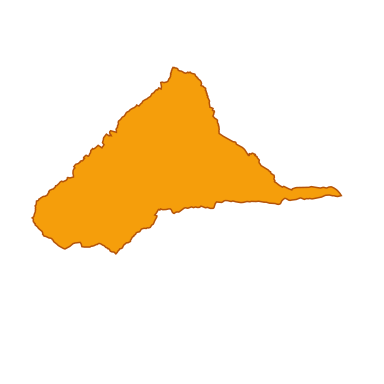 the district of Noen Kham, Chai Nat, Thailand, rotated 116°
{"feature_id": "78962969B80984630851813", "entity_name": "Noen Kham", "entity_type": "district", "adm_level": 2, "iso_a3": "THA", "parent_name": "Thailand", "parent_adm1": "Chai Nat", "projection": "equal_earth", "projection_center": [99.836, 15.024], "detail": "fine", "context": "isolated", "style": "filled", "palette": "amber", "viewbox_px": 384, "rotation_deg": 116, "n_neighbors": 0, "source": "geoboundaries", "source_scale": "gbopen_adm2", "svg_char_len": 6067}
<svg xmlns="http://www.w3.org/2000/svg" viewBox="0 0 384 384"><g transform="rotate(116 192 192)"><path d="M88.4,263.7L90.4,263.8L91.6,263.4L92.3,263.6L93.6,263.0L94.5,263.3L95.3,263.0L95.4,262.6L96.5,262.5L97.3,262.0L99.8,262.0L100.6,262.4L102.6,262.1L103.8,262.7L104.7,263.4L105.1,264.2L105.6,264.6L106.0,265.2L106.3,267.0L107.3,268.1L110.7,265.6L113.0,264.9L113.0,267.5L115.3,267.7L115.5,268.5L116.1,269.0L118.4,269.7L119.2,269.6L121.3,271.1L124.3,271.2L126.6,272.7L128.1,273.3L129.2,274.3L131.8,276.0L134.1,276.1L135.1,276.7L138.0,277.4L138.1,279.9L139.4,279.9L141.3,280.8L142.1,281.3L142.3,281.7L145.1,283.6L147.2,284.2L148.2,285.1L149.3,285.8L153.3,286.1L155.4,287.5L158.1,288.0L160.5,289.1L161.7,288.9L163.2,287.9L165.1,288.0L166.7,287.3L168.0,287.8L169.0,287.7L169.6,287.0L170.2,286.8L171.5,286.1L172.6,292.0L174.0,292.3L175.0,291.9L176.1,290.5L176.2,289.9L176.8,289.2L177.5,291.5L177.9,291.4L177.5,294.3L181.8,295.2L182.6,295.1L183.8,294.6L186.9,294.1L188.1,291.8L189.8,292.0L190.8,292.3L191.4,292.2L191.8,292.3L191.2,296.8L194.6,298.1L196.3,299.2L196.7,299.6L196.6,300.5L197.6,300.5L198.5,301.0L199.3,301.1L200.1,300.7L200.8,300.7L201.2,300.4L202.8,300.7L204.1,300.5L205.3,300.8L205.5,301.2L205.3,302.4L205.4,303.3L207.1,304.1L208.4,304.5L208.9,304.4L208.9,303.4L211.7,304.0L212.1,304.3L212.3,304.9L213.1,305.7L213.6,305.9L213.8,305.6L214.4,305.7L215.4,306.4L216.1,306.5L218.1,308.7L221.1,309.3L221.5,308.0L222.2,307.8L223.1,308.3L225.0,308.2L227.4,307.2L229.3,305.7L230.5,305.1L232.9,307.9L233.4,310.0L234.1,310.3L234.6,309.9L235.2,309.8L236.6,310.2L239.4,312.5L239.4,313.9L239.9,314.3L241.2,315.0L242.5,315.2L245.6,316.4L246.2,317.3L248.0,317.1L249.0,317.7L249.9,317.8L250.8,318.9L253.0,320.7L254.4,320.9L254.5,320.5L255.3,320.5L255.9,320.7L258.3,320.8L259.3,321.6L260.1,321.9L260.8,323.2L261.4,323.9L263.9,325.5L264.7,325.7L265.3,326.4L266.4,326.3L267.1,326.5L268.3,327.8L271.4,326.6L272.2,326.6L273.0,326.9L273.1,326.7L273.5,326.7L274.2,325.9L275.6,325.5L276.2,324.9L276.7,324.9L278.6,324.1L280.9,324.0L283.5,323.4L285.3,324.3L285.3,323.7L286.0,322.6L287.1,322.3L288.3,321.5L288.6,320.4L289.2,319.9L289.2,319.0L290.3,318.6L291.1,315.5L292.0,314.0L293.2,309.4L294.4,308.1L295.4,307.8L295.6,307.0L296.4,306.2L296.3,304.8L296.0,303.9L296.0,300.3L295.5,299.0L295.4,297.7L295.5,297.3L296.1,296.7L296.2,295.5L297.2,294.7L298.2,290.2L298.7,288.8L298.9,286.8L299.1,282.7L298.9,281.2L294.5,278.0L290.6,276.3L289.1,274.8L286.3,270.4L287.3,268.8L289.4,267.0L288.7,264.7L286.2,259.6L284.8,258.7L284.4,257.9L283.3,256.6L281.1,254.9L280.8,254.2L279.4,253.5L278.9,252.8L278.6,251.5L278.9,248.8L278.8,247.3L279.6,245.1L279.4,243.8L279.9,242.9L279.5,242.2L280.1,240.5L280.8,239.8L281.0,239.1L280.9,237.6L280.4,236.5L280.2,235.6L281.0,233.3L278.9,232.7L277.3,232.6L275.7,232.0L274.9,232.1L273.8,230.8L272.6,230.0L271.5,230.2L268.9,229.9L267.9,229.2L266.4,228.7L265.7,227.3L263.5,225.7L263.1,225.7L262.3,226.2L260.9,225.9L258.9,225.9L257.1,224.9L256.6,225.2L256.0,224.8L254.8,224.2L253.1,224.2L252.1,223.4L250.7,221.7L249.3,221.4L248.2,221.4L247.4,221.1L245.7,219.3L244.8,217.1L243.8,216.5L243.3,215.2L242.1,214.0L239.4,213.7L238.0,212.8L237.3,212.7L234.0,212.9L230.1,212.7L228.9,213.0L229.0,215.4L226.5,214.8L222.4,214.5L222.3,213.0L221.1,213.0L220.7,210.5L219.1,207.6L217.6,205.8L216.7,204.2L217.0,202.9L218.8,200.7L219.2,199.4L219.1,198.7L217.5,197.8L216.6,196.9L215.9,195.3L215.4,194.8L209.8,191.9L209.0,190.9L208.6,189.1L208.3,188.5L205.6,185.9L205.4,183.8L203.8,182.2L203.6,180.5L202.7,178.8L202.2,178.3L201.1,178.0L200.8,177.7L200.5,175.9L200.3,173.0L199.0,171.3L198.7,168.3L197.4,165.8L196.4,165.4L192.3,166.0L190.2,165.6L188.5,161.0L187.7,160.2L185.7,159.1L185.0,158.2L184.1,156.0L183.5,153.0L183.2,152.4L182.4,151.7L182.1,151.1L181.6,148.4L180.1,143.4L178.9,141.4L176.4,138.4L175.4,135.6L174.4,134.6L172.5,130.3L171.1,128.1L169.6,122.9L168.6,120.7L168.1,117.6L165.9,112.2L165.6,109.9L165.2,108.8L164.8,108.3L163.7,107.4L160.4,107.4L158.4,106.6L157.0,105.8L156.7,104.5L156.9,101.3L156.5,100.1L155.7,99.1L153.0,95.0L149.9,92.1L149.6,91.1L149.4,87.8L147.8,86.3L147.1,84.5L146.2,83.4L145.7,81.4L145.2,80.5L139.8,73.4L136.7,70.8L136.2,70.2L134.5,67.2L133.8,64.1L133.1,62.7L132.8,61.0L132.2,59.1L129.8,56.2L128.4,58.5L127.1,61.5L126.6,63.1L126.2,65.9L126.2,68.8L126.5,69.5L127.5,71.1L129.3,72.6L129.7,73.6L130.0,75.4L130.4,76.3L132.2,78.4L134.9,87.2L136.5,88.9L142.1,99.8L143.0,101.0L145.2,103.2L146.4,103.2L146.7,106.1L146.7,111.9L147.0,112.3L148.0,112.8L147.7,116.5L146.8,120.5L146.7,121.9L146.4,122.5L145.8,122.4L145.3,122.6L144.7,123.8L143.8,124.3L142.7,124.4L141.0,125.6L141.1,126.2L140.8,127.3L140.8,128.7L140.2,129.7L139.4,130.3L139.6,130.9L139.3,131.5L139.3,132.1L138.8,133.0L138.0,141.6L137.0,143.0L136.3,144.5L135.3,145.1L133.8,145.5L132.8,148.0L132.2,148.8L131.7,149.1L131.6,151.4L130.8,151.3L130.5,151.7L130.7,152.3L130.5,152.9L130.7,153.5L130.5,154.0L130.6,154.7L131.2,155.3L131.9,155.4L132.2,156.2L132.2,156.9L132.5,157.3L133.2,157.3L133.3,156.9L133.9,156.6L134.3,156.8L134.4,157.4L131.0,162.9L130.4,164.3L129.9,166.3L129.6,172.9L129.4,173.3L128.5,174.1L128.2,174.5L128.2,175.4L128.8,177.1L128.7,179.4L128.2,188.4L127.5,193.3L125.6,194.3L125.5,194.6L124.0,194.9L122.3,196.0L121.7,196.2L120.8,197.4L120.4,197.3L119.2,198.4L118.9,199.1L117.9,199.9L116.3,200.6L115.9,201.9L115.7,203.9L114.6,206.5L112.1,206.6L111.7,207.0L110.8,207.2L110.3,206.9L109.5,207.4L109.4,207.6L109.7,208.8L109.5,209.5L107.7,209.7L107.7,211.5L108.0,213.0L104.2,215.7L102.6,216.1L100.4,218.8L100.1,219.6L98.9,219.7L98.4,221.1L97.3,221.3L97.0,222.2L96.4,222.3L95.9,223.2L95.1,223.4L94.7,224.6L93.4,224.8L93.2,225.1L92.8,225.3L92.5,227.7L92.1,228.1L92.4,230.6L90.5,230.9L89.3,231.8L88.2,233.4L87.7,235.9L87.0,236.8L87.1,237.4L86.5,238.0L86.2,239.6L84.9,241.0L84.9,241.7L85.5,244.2L85.4,245.4L85.1,246.0L85.6,246.3L85.6,247.0L86.3,247.3L86.2,248.4L87.2,248.9L88.1,249.9L88.1,250.7L88.4,251.3L88.2,251.7L88.0,254.4L88.5,256.0L88.6,257.4L88.3,258.2L87.9,258.4L87.6,258.8L87.4,260.1L87.8,261.0L87.9,262.7L88.4,262.8L88.4,263.7Z" fill="#f59e0b" stroke="#b45309" stroke-width="1.5"/></g></svg>